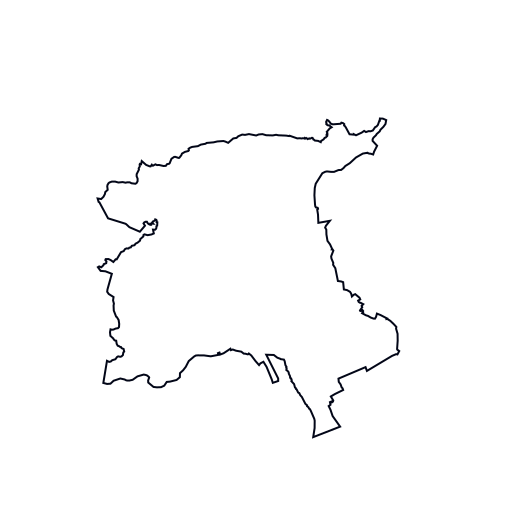 Popesti, Bihor, Romania, rotated 112°
{"feature_id": "2599482B55919517820584", "entity_name": "Popesti", "entity_type": "district", "adm_level": 2, "iso_a3": "ROU", "parent_name": "Romania", "parent_adm1": "Bihor", "projection": "mercator", "projection_center": [22.402, 47.209], "detail": "fine", "context": "isolated", "style": "outline", "palette": "ink", "viewbox_px": 512, "rotation_deg": 112, "n_neighbors": 0, "source": "geoboundaries", "source_scale": "gbopen_adm2", "svg_char_len": 6137}
<svg xmlns="http://www.w3.org/2000/svg" viewBox="0 0 512 512"><g transform="rotate(112 256 256)"><path d="M321.7,394.0L324.4,395.2L324.4,397.5L325.6,398.4L328.0,394.5L326.6,389.9L326.5,383.0L342.6,381.2L344.9,380.6L346.4,378.3L347.4,372.7L350.7,371.9L353.4,369.9L355.3,369.5L359.9,367.4L364.6,363.0L364.8,362.1L366.8,359.4L370.2,357.4L373.2,356.4L374.6,356.9L375.9,359.0L377.5,360.5L378.3,361.9L378.5,363.4L381.4,362.8L384.6,361.1L386.0,357.3L386.7,356.6L387.2,355.0L386.9,353.9L389.6,352.3L391.0,350.6L390.9,349.2L391.2,348.4L391.0,347.0L391.8,346.1L391.8,343.9L394.0,342.4L395.1,342.9L397.7,342.3L399.5,343.1L400.3,344.1L400.7,346.2L401.7,347.0L404.4,347.7L406.5,350.3L408.2,351.1L409.2,352.5L409.0,354.9L430.9,350.0L430.4,346.1L428.9,343.1L425.0,341.3L420.4,335.9L419.7,331.5L419.9,329.9L419.7,328.7L419.0,326.9L417.0,324.0L412.0,320.8L408.0,315.7L407.6,313.5L407.6,312.1L408.3,310.0L408.7,309.5L411.8,309.4L413.7,308.5L415.8,302.0L414.9,298.7L413.2,294.9L410.6,292.5L406.2,291.6L404.7,288.7L400.7,283.2L396.9,281.2L393.1,282.6L389.3,280.8L385.1,279.6L378.6,279.0L372.3,275.7L370.8,274.5L369.9,272.7L367.6,266.8L366.0,260.5L365.6,259.8L361.8,253.9L360.3,254.9L359.2,253.7L360.8,252.3L358.3,249.6L351.6,245.0L352.7,244.0L351.4,242.5L351.3,239.1L350.2,233.8L351.1,230.8L350.6,229.4L350.3,226.9L349.9,226.3L349.1,226.1L350.0,223.1L353.6,217.1L356.0,212.3L353.9,211.7L351.3,209.5L354.8,204.7L364.5,195.2L367.3,192.9L363.6,188.6L361.2,189.6L343.7,209.5L341.1,202.4L342.3,198.1L342.2,195.2L342.4,194.6L341.6,191.3L342.8,190.0L346.2,187.8L347.5,186.1L348.2,186.2L349.1,185.3L350.3,185.2L351.0,183.0L351.7,182.1L352.8,181.5L354.7,179.4L356.0,178.8L356.6,178.0L356.4,177.5L357.8,176.3L358.8,176.3L360.5,172.7L363.3,170.6L363.6,169.6L364.4,169.0L364.4,168.5L364.7,168.1L366.6,166.0L366.9,165.5L366.9,164.5L368.5,162.8L369.5,160.7L374.6,154.8L375.3,152.7L376.1,152.4L376.6,150.7L377.7,149.5L377.8,148.6L379.2,147.0L385.1,141.0L386.7,139.9L393.6,137.2L402.5,135.1L382.7,114.1L375.7,125.0L370.6,129.4L367.9,132.4L366.0,131.2L363.8,132.7L363.0,131.9L363.5,131.1L363.3,130.8L362.1,130.1L361.4,130.7L360.9,130.4L358.2,134.0L354.4,131.1L347.6,125.0L346.3,126.1L345.6,127.5L343.4,129.4L341.7,132.1L338.8,133.6L318.0,112.8L321.0,110.1L297.6,92.4L294.5,89.3L294.3,88.0L290.5,87.6L289.9,89.9L289.5,90.3L281.5,92.9L275.1,95.6L270.9,98.9L269.2,99.3L267.5,102.9L265.8,107.2L265.3,110.0L264.8,110.6L265.6,111.5L264.7,112.1L264.1,118.4L264.1,122.3L267.4,121.9L269.5,122.2L270.0,123.5L270.1,126.5L269.6,129.7L269.8,131.8L269.3,136.1L268.3,135.7L268.2,136.1L266.9,136.0L266.3,137.0L267.4,137.8L267.9,138.7L267.5,139.2L263.7,138.3L262.7,139.4L260.5,138.5L260.2,141.5L260.4,142.3L260.1,143.6L259.1,144.6L257.2,143.1L255.9,144.4L254.2,149.7L255.4,150.9L257.6,151.9L255.2,153.7L254.0,155.4L253.5,158.8L254.1,162.0L247.6,165.4L247.7,167.5L248.5,170.7L237.6,177.9L235.3,181.2L233.4,181.8L230.1,185.1L228.2,186.2L222.0,186.3L221.2,187.5L221.5,188.2L220.7,188.3L217.5,191.7L215.2,195.4L209.6,198.8L205.2,200.7L203.8,202.5L201.8,202.5L195.7,200.7L201.9,210.6L194.4,214.0L190.1,216.6L189.1,216.1L188.6,216.4L188.2,216.9L188.5,218.6L187.8,219.6L186.1,220.6L177.8,224.6L170.9,227.0L166.6,227.7L154.4,225.5L152.0,223.4L151.0,221.9L149.9,218.0L148.8,215.2L145.4,211.7L144.3,209.3L141.7,207.8L139.1,206.9L134.8,203.8L127.2,200.2L121.0,195.3L118.7,191.6L118.9,191.5L118.6,190.7L118.7,189.6L118.2,188.0L118.0,185.4L115.0,185.6L108.4,185.0L105.6,191.0L104.1,191.6L102.2,191.4L99.1,190.0L97.7,189.8L94.1,188.0L92.3,187.9L88.6,186.3L85.1,185.4L81.2,186.2L81.1,189.8L82.1,192.6L84.1,191.9L84.2,192.3L88.8,192.1L90.8,192.8L91.9,193.8L95.9,194.7L97.5,196.6L98.0,198.3L99.9,200.5L99.5,202.6L102.0,204.2L106.6,208.5L106.4,210.8L106.8,210.6L108.1,214.9L103.2,220.8L102.3,222.1L102.0,223.2L100.6,223.6L100.2,225.1L100.4,226.8L101.7,227.1L105.1,234.0L105.3,236.1L103.8,238.6L103.2,240.3L103.2,241.1L105.5,241.2L106.6,240.2L107.3,240.3L107.8,239.2L107.9,238.0L107.4,237.1L108.3,234.1L110.0,235.4L114.4,236.9L115.1,236.0L116.9,236.0L116.6,235.3L118.0,234.9L120.1,235.8L120.7,236.6L122.5,237.0L124.9,238.7L126.2,238.6L126.0,241.5L126.9,244.7L126.4,246.0L126.5,246.4L125.3,247.8L125.5,248.5L126.7,249.5L127.1,250.1L127.0,250.7L127.6,251.1L127.8,251.9L128.2,252.0L127.8,253.7L128.5,254.1L128.4,254.5L128.8,254.9L128.5,255.2L128.9,255.4L129.3,256.8L129.9,257.6L130.4,259.5L131.5,261.8L131.9,269.9L132.4,270.2L133.1,273.2L135.7,280.5L136.1,282.8L137.9,285.6L140.2,291.8L140.6,295.7L142.3,299.0L144.2,301.0L145.6,308.2L147.8,311.5L148.6,314.3L151.6,317.3L153.8,318.3L155.5,321.1L161.5,324.2L161.4,327.3L161.6,329.3L164.3,334.8L166.5,337.9L169.7,344.2L170.8,344.8L173.4,348.9L175.9,351.0L178.8,356.1L180.1,357.5L181.8,358.7L183.2,357.8L184.0,358.1L186.1,360.9L188.8,363.0L190.6,363.0L193.7,363.9L194.1,364.6L194.3,368.0L194.8,369.0L197.5,370.8L202.4,370.8L203.0,371.1L204.2,372.9L206.2,373.4L207.2,375.5L207.9,379.9L208.8,381.9L208.7,383.6L210.8,385.3L211.0,385.8L210.4,386.8L212.4,387.3L212.7,388.2L212.7,392.0L210.8,397.5L213.9,396.9L214.0,398.1L214.6,398.2L216.5,397.3L218.7,397.6L219.8,396.9L224.8,397.3L226.7,396.6L228.7,394.7L231.1,393.8L233.2,394.1L234.2,394.9L235.2,398.7L235.0,400.6L236.0,403.1L236.9,404.4L237.4,407.3L239.4,411.1L239.8,414.6L241.0,417.5L242.7,419.4L243.7,420.0L245.7,420.3L247.2,420.0L250.2,418.3L253.2,419.7L255.1,419.3L258.2,419.6L261.2,420.9L262.0,424.4L264.8,422.2L264.9,421.3L276.5,407.3L275.0,389.5L275.1,388.3L276.7,384.2L277.0,372.8L269.5,370.3L267.9,372.5L266.7,372.2L265.6,371.2L265.1,370.0L266.1,368.8L266.6,367.5L266.7,365.7L266.4,365.1L265.5,365.8L264.6,363.5L264.1,364.9L262.6,364.5L262.5,364.1L260.4,363.0L259.8,363.1L259.8,362.0L260.2,361.5L261.8,360.9L261.7,360.1L264.9,359.0L265.7,359.5L267.2,358.9L268.3,358.9L269.5,359.5L270.1,361.4L273.4,359.2L275.2,361.0L277.3,364.3L277.7,367.5L278.6,368.2L280.1,367.8L283.6,369.6L285.2,369.3L288.0,370.8L289.7,372.3L291.5,372.7L293.1,375.0L294.9,375.3L295.7,376.6L296.8,377.0L297.5,379.0L298.8,380.1L301.0,380.5L303.0,382.6L311.3,383.9L311.6,384.9L315.0,386.0L314.2,389.3L314.1,391.7L315.2,394.2L316.2,394.2L317.1,392.6L318.8,392.2L320.6,394.1L321.7,394.0Z" fill="none" stroke="#020617" stroke-width="2"/></g></svg>